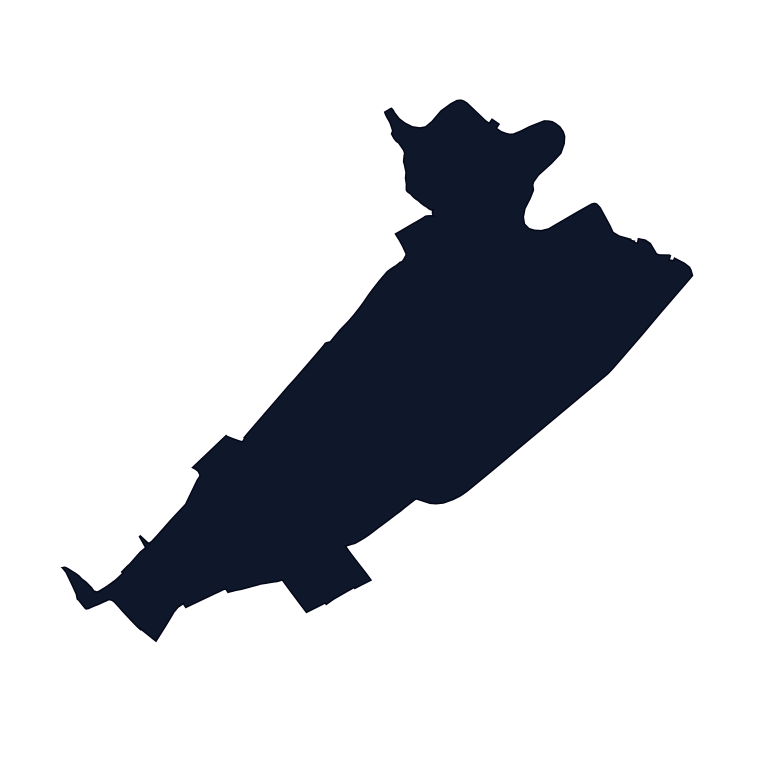 Dobroesti, Ilfov, Romania (Mercator projection), rotated 190°
{"feature_id": "2599482B22060634534240", "entity_name": "Dobroesti", "entity_type": "district", "adm_level": 2, "iso_a3": "ROU", "parent_name": "Romania", "parent_adm1": "Ilfov", "projection": "mercator", "projection_center": [26.199, 44.47], "detail": "fine", "context": "isolated", "style": "filled", "palette": "ink", "viewbox_px": 768, "rotation_deg": 190, "n_neighbors": 0, "source": "geoboundaries", "source_scale": "gbopen_adm2", "svg_char_len": 5381}
<svg xmlns="http://www.w3.org/2000/svg" viewBox="0 0 768 768"><g transform="rotate(190 384 384)"><path d="M648.6,118.8L648.4,118.7L647.0,118.1L646.7,117.8L646.6,117.7L646.2,117.3L645.6,116.7L644.6,115.9L643.7,115.0L642.7,114.2L642.1,113.6L641.0,112.7L640.1,111.9L638.9,110.9L638.3,110.8L638.1,110.8L637.3,111.1L636.3,111.4L630.7,115.2L627.1,117.3L625.4,118.5L620.9,121.6L620.4,121.9L618.5,123.2L617.9,123.7L616.5,124.0L614.1,123.7L611.7,122.5L607.1,119.0L605.8,118.0L602.4,115.2L600.0,113.4L599.1,112.7L590.3,106.1L587.6,104.1L583.7,101.4L581.2,99.9L581.0,100.6L580.8,100.3L580.7,100.2L578.5,99.1L574.1,96.7L568.8,93.8L568.7,93.7L564.6,91.5L563.9,91.1L562.8,93.7L562.0,95.7L560.2,100.1L558.5,104.3L557.4,107.0L554.4,114.6L553.0,118.4L552.8,118.8L551.9,121.3L551.5,122.3L551.4,122.7L551.3,122.9L550.6,124.1L548.3,128.2L546.5,130.0L544.6,131.8L543.5,132.9L540.4,129.5L540.0,129.8L514.6,147.9L509.9,151.1L506.3,153.8L504.7,154.5L503.8,154.2L502.7,153.1L501.4,151.7L499.1,152.9L498.1,153.2L497.3,153.6L494.8,154.8L491.7,156.0L488.8,157.1L485.3,158.7L483.2,159.7L480.6,160.9L478.6,161.9L474.4,163.8L470.3,165.8L467.8,166.6L464.6,167.7L460.1,169.3L457.2,170.3L455.5,170.7L452.7,172.0L450.2,173.4L449.0,172.3L447.5,170.8L438.7,162.4L433.1,157.2L430.6,154.8L423.5,148.2L420.7,145.6L403.9,158.1L402.6,156.9L396.2,163.4L383.9,173.7L378.1,178.4L377.3,177.6L369.4,183.6L368.3,184.4L367.1,185.3L364.3,187.4L362.7,188.6L369.0,194.6L382.3,206.6L389.4,213.2L393.8,217.7L390.7,219.2L389.0,220.1L387.1,221.0L385.1,221.9L382.5,224.0L380.1,226.0L376.3,229.3L372.7,232.8L369.7,236.0L364.9,241.3L362.3,244.0L358.8,247.7L356.1,250.6L349.5,257.8L347.9,259.4L345.9,261.5L344.5,263.1L342.8,265.2L337.4,271.2L334.5,274.4L334.4,274.5L334.1,274.9L332.8,276.1L332.5,276.5L329.3,276.1L318.0,274.5L312.0,275.1L305.3,277.0L304.0,277.6L295.8,282.3L289.5,287.0L284.0,292.4L273.5,304.6L262.7,317.2L256.4,324.7L249.2,333.3L242.3,341.6L216.3,372.4L177.4,418.6L170.8,426.5L165.3,433.0L161.4,438.9L153.3,452.4L138.3,477.5L124.5,501.4L103.1,537.4L99.0,544.4L101.5,549.5L103.4,552.0L109.0,555.0L119.8,558.4L120.3,555.8L124.8,555.6L124.2,560.1L125.2,560.5L135.3,558.9L138.2,559.4L146.1,568.6L151.8,571.1L158.7,571.2L158.8,566.6L162.1,566.8L162.1,568.1L166.0,568.2L166.0,569.3L178.0,570.5L184.8,573.1L189.2,579.4L201.8,595.2L205.8,598.2L208.2,598.4L210.7,597.3L222.9,587.3L248.9,565.3L255.7,562.3L262.6,561.5L268.3,562.2L273.5,566.0L275.8,572.6L275.7,581.1L272.3,592.2L270.5,600.9L272.1,606.0L271.8,609.1L268.2,616.6L257.4,630.5L249.9,642.0L248.3,652.0L249.1,659.2L251.3,663.5L255.4,667.7L260.2,670.2L263.9,671.5L267.4,671.5L271.9,670.9L285.3,662.7L293.2,656.8L300.0,652.5L303.6,651.7L307.9,652.0L312.6,652.9L317.8,655.3L315.8,659.9L323.6,663.5L325.7,659.0L329.8,660.9L343.1,669.8L351.3,675.2L354.6,676.5L357.6,676.9L361.4,675.8L366.8,671.6L375.2,662.9L382.3,650.8L387.7,644.4L393.2,642.4L400.8,642.2L408.8,644.6L415.2,647.9L420.8,653.0L422.6,655.3L424.5,656.8L425.5,656.2L428.0,654.0L430.5,651.9L429.5,650.0L428.4,648.5L427.0,646.6L425.4,644.8L423.5,642.4L421.8,639.4L419.4,634.9L420.0,631.6L416.9,627.7L414.1,625.2L411.5,624.0L409.3,621.8L405.2,617.6L403.7,614.7L403.8,612.6L403.6,610.0L403.5,608.0L403.2,606.0L401.9,603.5L400.1,598.9L399.0,596.1L398.9,594.3L398.6,592.4L398.7,591.0L396.6,584.5L395.8,579.2L394.9,577.9L393.7,577.1L390.6,575.7L388.8,574.2L386.8,572.8L384.4,571.5L382.5,570.8L378.9,568.5L376.5,567.3L375.2,566.6L374.1,566.4L372.0,565.3L370.0,564.3L367.8,563.6L365.6,563.9L366.2,562.2L365.9,560.5L364.6,558.1L365.4,558.1L368.5,557.5L370.6,557.0L370.9,556.9L372.4,556.3L374.3,554.4L380.4,549.2L383.7,546.5L390.4,540.8L394.6,537.2L397.2,535.1L398.8,533.8L397.3,532.1L393.6,528.0L389.4,522.7L387.9,520.5L386.2,518.1L384.8,516.0L384.7,514.5L385.8,511.5L386.1,510.3L386.9,508.5L387.9,507.3L389.4,506.6L390.1,505.7L391.0,504.5L392.2,503.2L393.3,502.0L394.6,501.0L397.2,498.5L400.3,495.2L402.7,491.1L403.7,489.5L407.0,483.8L411.6,475.1L414.6,469.1L418.5,460.5L421.3,454.8L425.7,446.6L429.8,439.7L436.7,429.5L440.8,422.3L443.6,417.3L443.8,416.9L443.9,416.6L444.0,416.4L444.1,416.2L447.8,414.7L448.9,413.8L449.2,413.2L450.4,410.8L458.8,396.5L468.9,379.6L473.0,372.8L478.2,364.6L485.0,353.1L495.9,334.9L510.4,310.5L512.4,306.9L511.5,306.8L513.4,302.4L516.9,302.8L522.5,303.7L529.3,305.1L529.6,305.1L530.5,305.8L558.1,268.4L556.4,267.9L554.6,267.3L551.8,265.7L550.2,263.6L549.5,262.6L549.4,262.3L549.4,261.5L549.5,260.7L551.2,257.0L558.1,232.5L558.4,231.2L569.7,213.9L581.0,195.4L585.4,188.6L586.3,187.7L587.0,187.0L587.1,186.1L589.5,186.9L597.6,192.1L598.3,191.2L590.3,181.5L594.9,176.0L595.7,174.6L596.9,172.8L599.8,167.9L603.2,162.4L603.8,161.6L604.3,161.1L605.0,160.2L607.2,157.0L609.7,153.3L608.3,152.4L608.5,152.0L609.2,151.1L609.9,150.1L611.1,148.5L611.8,147.5L613.6,145.2L614.4,144.2L615.6,142.9L616.1,142.4L616.4,142.1L616.8,141.8L617.0,141.5L617.6,140.8L618.0,140.4L619.2,139.2L620.1,138.3L621.4,136.9L625.6,133.1L626.8,132.1L628.5,130.5L630.3,129.5L631.5,129.3L632.4,129.6L632.7,129.3L633.7,129.8L634.6,130.5L635.3,131.2L636.6,132.6L638.9,134.2L639.5,134.6L642.6,136.8L643.3,137.3L647.6,139.4L650.0,141.2L651.4,142.2L652.2,142.6L654.7,143.8L656.9,144.7L658.5,145.3L661.1,146.4L663.3,147.3L664.3,147.5L664.8,147.8L665.7,148.0L666.5,148.1L667.0,148.0L669.0,147.2L668.1,146.6L664.3,143.2L661.5,139.3L655.7,131.2L650.5,123.6L649.6,121.2L648.6,118.8Z" fill="#0f172a" stroke="#020617" stroke-width="1.5"/></g></svg>